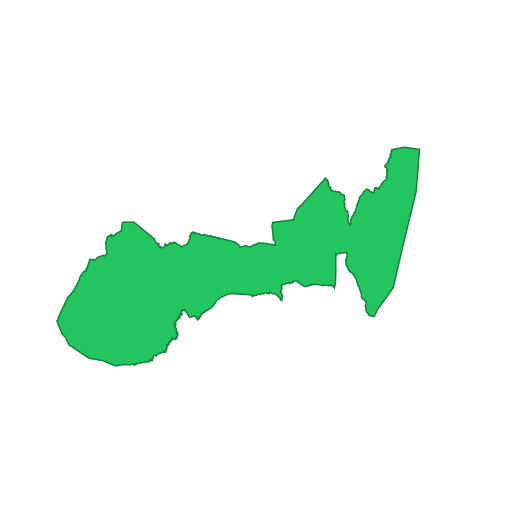 outline of Våler nor, Hedmark, Norway, rotated 37°
{"feature_id": "86288312B45853408060445", "entity_name": "Våler nor", "entity_type": "district", "adm_level": 2, "iso_a3": "NOR", "parent_name": "Norway", "parent_adm1": "Hedmark", "projection": "albers", "projection_center": [11.908, 60.813], "detail": "fine", "context": "isolated", "style": "filled", "palette": "green", "viewbox_px": 512, "rotation_deg": 37, "n_neighbors": 0, "source": "geoboundaries", "source_scale": "gbopen_adm2", "svg_char_len": 6155}
<svg xmlns="http://www.w3.org/2000/svg" viewBox="0 0 512 512"><g transform="rotate(37 256 256)"><path d="M126.4,357.9L126.1,358.6L125.2,358.8L125.9,359.8L126.2,361.3L128.6,367.8L128.2,367.9L128.2,368.7L129.0,370.8L128.0,371.9L127.7,372.8L127.8,373.4L128.0,373.5L127.8,375.2L127.9,377.0L128.3,377.6L128.0,378.6L129.2,381.5L131.0,391.4L131.1,399.7L130.8,400.0L130.6,401.9L134.1,419.6L135.0,421.6L134.9,423.2L135.4,424.3L135.5,425.3L136.0,425.6L136.3,426.4L136.0,427.7L148.4,435.0L153.0,435.7L160.1,439.5L184.4,438.1L196.2,431.9L209.9,428.4L215.4,422.6L220.9,418.7L222.4,416.6L223.3,416.0L223.7,416.5L224.8,416.1L225.4,414.6L224.6,414.7L231.2,407.8L230.9,407.3L231.1,406.9L232.5,406.5L234.5,404.2L233.9,403.3L234.6,402.9L234.2,402.3L236.1,402.3L235.2,399.2L233.9,396.6L236.5,395.8L236.4,394.2L236.7,393.0L238.7,390.3L239.8,387.6L240.1,388.5L241.5,387.5L241.1,386.6L241.3,385.7L240.5,384.6L240.8,384.1L240.3,383.8L240.2,382.9L239.6,383.0L239.2,381.8L239.4,381.1L238.3,380.5L239.4,379.7L238.8,379.7L239.2,379.2L238.8,378.6L239.3,378.2L238.2,377.1L239.4,376.3L239.0,375.0L239.3,374.6L239.2,374.0L238.8,373.4L239.3,373.2L238.3,372.2L239.3,371.8L239.5,372.3L240.4,372.3L242.1,370.7L242.0,370.0L241.6,369.6L241.3,370.0L241.1,369.4L241.9,369.2L241.2,368.1L241.5,367.1L241.2,366.8L241.3,366.2L240.5,365.7L240.1,364.8L239.8,364.7L239.9,365.2L239.7,365.3L238.9,364.3L238.2,364.8L238.0,364.4L238.5,364.1L237.6,363.8L236.4,362.1L233.5,361.1L233.4,360.5L233.7,360.3L233.2,359.8L233.2,359.1L232.6,359.6L231.7,359.2L231.6,358.6L232.1,357.9L231.6,358.2L231.2,357.7L231.7,357.5L231.2,356.9L231.3,356.2L231.7,356.1L231.5,354.7L232.0,353.1L231.2,353.0L231.1,352.5L231.4,352.0L231.1,351.6L232.2,351.0L231.4,350.8L231.7,350.4L231.4,349.9L231.0,350.4L230.5,349.7L231.0,348.9L230.8,348.4L231.6,348.3L232.2,347.4L230.3,346.7L230.7,346.4L230.4,346.2L230.5,345.5L229.8,345.2L230.0,344.8L229.2,344.8L229.4,344.0L230.8,343.2L230.4,343.1L230.9,342.7L230.4,342.3L231.3,341.7L239.8,345.0L242.2,342.1L242.2,341.5L242.8,341.5L243.2,340.8L245.5,340.7L245.9,341.0L246.0,341.7L246.6,341.3L247.7,342.1L248.4,340.3L248.0,339.2L247.4,339.0L248.1,337.6L247.7,336.6L247.9,335.7L247.1,334.9L248.7,332.0L248.4,331.9L250.3,327.4L251.5,323.5L251.9,321.1L251.4,314.6L252.8,310.3L256.9,302.8L259.3,300.6L273.6,291.2L276.3,289.9L277.5,290.5L278.0,289.8L277.8,289.5L278.1,288.5L279.5,287.8L280.8,285.3L282.2,284.5L283.5,282.1L284.6,281.9L285.1,281.1L285.2,279.8L289.3,278.3L289.3,277.8L288.7,277.3L288.3,276.3L291.8,276.3L293.6,274.8L295.1,274.9L295.7,274.4L297.2,275.0L300.2,275.0L302.1,276.4L303.4,275.7L302.0,274.2L302.1,273.7L301.4,272.2L298.6,270.4L297.5,270.4L296.4,266.5L295.1,265.7L294.6,264.5L293.9,263.8L298.7,257.2L299.1,257.8L301.5,254.9L300.8,254.4L302.7,251.9L304.5,251.2L304.6,251.7L313.2,251.2L317.7,246.0L317.3,245.6L322.6,241.5L327.9,239.0L328.8,237.3L330.8,236.3L331.9,236.3L332.7,234.2L333.8,234.5L335.4,233.8L337.8,234.4L336.3,230.9L335.3,229.2L328.3,219.3L318.4,206.4L319.7,206.6L319.5,205.5L326.0,198.6L328.7,200.9L329.8,204.0L329.7,204.8L332.9,208.5L338.8,211.6L339.6,211.4L340.6,212.2L342.5,211.7L344.3,211.9L350.4,214.5L355.3,218.3L356.9,218.3L357.9,219.5L363.2,223.1L365.0,225.4L367.2,226.1L368.5,225.5L369.8,226.4L371.4,226.1L372.8,228.2L373.1,230.0L374.7,230.8L375.9,232.6L378.2,234.3L380.6,234.3L381.2,235.5L384.6,234.4L386.8,232.9L385.4,226.8L384.7,198.8L367.1,159.3L345.1,108.1L335.0,92.2L322.4,72.5L308.8,80.0L300.4,89.5L301.3,90.2L301.0,91.3L301.5,91.4L302.1,92.3L302.2,94.6L303.9,95.0L303.9,95.8L303.3,96.5L303.5,98.2L304.4,98.7L304.0,99.5L304.8,100.6L304.4,101.1L305.5,101.9L305.2,102.2L304.7,104.4L304.9,105.0L304.5,106.0L305.4,107.3L306.5,106.9L307.8,107.3L308.7,107.8L308.5,108.6L309.9,108.9L309.6,109.7L310.4,110.3L310.5,111.1L311.0,111.4L311.1,112.1L312.4,112.8L312.3,114.2L314.1,115.3L312.8,121.3L313.4,125.9L313.0,126.9L313.6,127.5L313.6,128.4L313.1,128.9L311.2,128.9L309.8,130.3L310.6,131.1L311.2,132.8L312.1,134.0L310.7,135.5L309.7,135.3L308.2,136.0L306.2,135.0L305.4,135.6L304.7,135.5L304.0,136.3L303.4,140.1L303.8,143.4L303.4,145.7L303.5,146.9L304.5,148.8L304.6,150.0L305.2,150.5L305.3,152.2L305.8,153.9L308.6,160.9L308.3,162.4L309.0,163.8L309.1,166.8L309.8,170.1L311.7,172.1L312.6,173.7L312.7,174.8L311.9,174.6L311.7,173.4L310.3,173.9L307.6,171.8L306.5,170.6L306.5,169.7L305.7,168.4L303.0,166.3L302.2,165.1L300.0,165.3L298.3,163.9L297.2,163.7L295.4,160.9L293.4,159.8L293.0,157.9L293.2,157.6L292.7,156.9L289.8,154.4L286.5,155.5L285.1,154.7L283.4,154.8L282.6,156.0L280.4,156.5L279.3,157.9L277.3,157.6L276.1,158.6L274.5,157.1L274.6,156.4L273.1,156.5L271.5,156.0L271.0,155.1L270.3,154.7L270.3,154.1L269.5,153.9L268.4,152.8L267.5,152.8L266.9,152.3L266.0,152.9L264.6,152.0L261.6,187.6L260.6,193.2L264.0,204.6L249.1,219.2L249.7,220.0L250.1,221.4L252.0,224.0L253.3,224.8L260.4,232.9L261.1,232.2L262.8,233.1L265.0,235.6L254.4,241.2L250.3,244.0L245.3,253.0L241.5,253.9L238.1,258.6L235.4,257.6L230.7,257.5L216.2,263.7L216.3,264.1L215.9,264.8L214.7,264.0L213.9,265.1L211.8,265.3L211.0,266.2L206.9,267.3L206.2,268.9L202.4,269.6L201.2,270.6L200.3,272.2L196.4,273.0L192.3,274.7L191.5,274.6L190.5,276.1L191.0,276.6L190.7,277.2L191.3,277.8L191.0,278.4L191.0,279.3L191.3,279.6L191.0,280.3L192.7,281.0L192.7,281.5L193.0,282.1L192.8,282.9L193.3,284.5L193.9,285.0L193.6,286.3L194.2,287.2L193.6,288.2L193.8,288.8L191.7,291.3L191.6,292.5L191.2,293.4L183.0,293.9L181.1,295.9L180.7,297.4L179.9,296.9L179.4,297.2L179.7,298.2L179.0,299.3L179.2,301.0L178.7,301.4L178.0,300.9L176.2,301.0L177.1,303.7L177.0,305.2L175.7,306.3L174.9,305.7L174.1,306.2L173.9,306.9L173.1,307.0L172.4,306.4L171.4,304.8L171.0,304.7L170.2,305.8L169.9,305.3L167.1,305.2L166.0,304.7L164.5,303.2L162.3,304.0L161.0,303.0L159.9,303.3L138.5,302.5L137.5,302.8L129.3,309.2L129.9,311.2L133.3,316.9L131.1,321.4L130.6,324.9L130.1,325.6L128.9,326.0L129.2,326.8L129.0,327.4L128.0,326.8L128.0,326.0L127.1,326.3L126.6,328.6L125.8,329.7L126.0,330.9L127.3,333.4L127.8,335.9L129.7,337.6L132.2,340.7L134.7,342.7L135.9,344.7L135.3,345.2L135.3,346.5L134.8,347.4L133.7,347.4L132.8,348.2L132.5,349.3L131.0,351.0L130.2,353.2L129.8,356.8L128.4,356.5L127.1,358.0L126.4,357.9Z" fill="#22c55e" stroke="#15803d" stroke-width="1.5"/></g></svg>